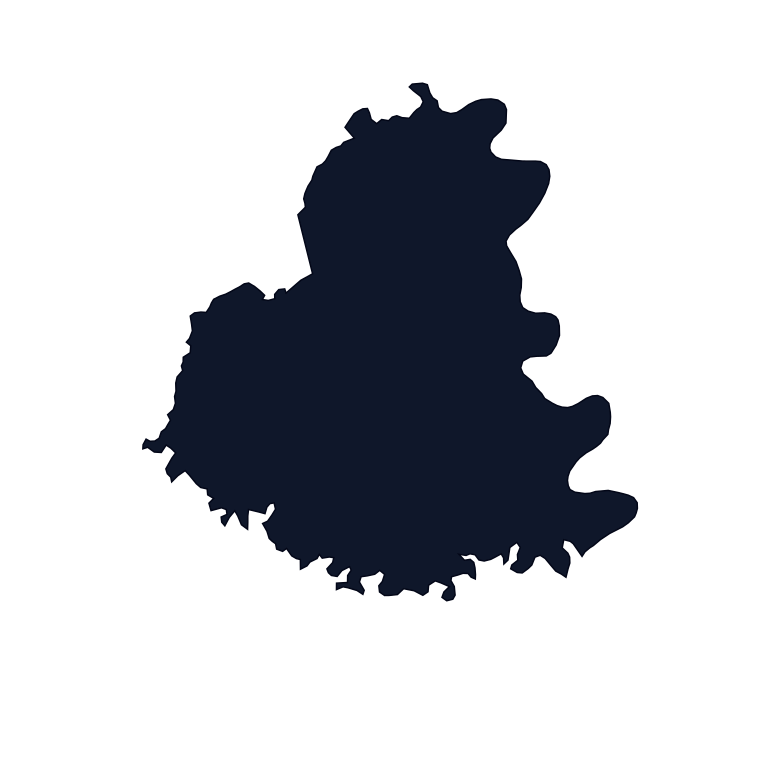 Quedas do Iguaçu, Paraná, Brazil, rotated 243°
{"feature_id": "56859067B83242561936103", "entity_name": "Quedas do Iguaçu", "entity_type": "district", "adm_level": 2, "iso_a3": "BRA", "parent_name": "Brazil", "parent_adm1": "Paraná", "projection": "mercator", "projection_center": [-52.976, -25.446], "detail": "fine", "context": "isolated", "style": "filled", "palette": "ink", "viewbox_px": 768, "rotation_deg": 243, "n_neighbors": 0, "source": "geoboundaries", "source_scale": "gbopen_adm2", "svg_char_len": 4611}
<svg xmlns="http://www.w3.org/2000/svg" viewBox="0 0 768 768"><g transform="rotate(243 384 384)"><path d="M222.4,248.3L221.9,255.4L218.9,259.3L212.3,266.2L206.2,269.7L209.2,272.7L218.7,272.2L222.7,276.1L220.7,281.9L218.7,289.4L219.9,295.6L214.1,298.1L208.8,292.9L206.6,287.8L200.7,285.6L195.3,288.5L193.2,292.8L190.3,300.4L192.7,308.6L186.1,317.0L178.1,322.7L178.9,328.9L184.5,332.4L185.3,340.3L181.0,344.4L173.8,350.3L171.5,343.0L167.6,338.8L162.4,341.5L161.0,347.6L163.6,351.5L171.7,354.7L178.5,354.4L181.6,356.7L180.3,363.0L179.5,368.4L177.0,372.9L172.4,373.9L168.8,376.8L172.5,378.9L178.9,381.6L184.3,383.0L188.6,381.2L190.4,375.7L198.3,373.4L194.0,379.3L193.7,383.5L190.5,387.6L184.1,388.7L180.8,392.9L179.3,399.5L179.3,403.8L179.5,411.3L174.8,411.6L169.2,409.1L170.8,414.5L181.2,421.9L182.6,430.5L176.5,431.2L171.5,425.5L166.2,423.2L164.7,415.7L161.8,413.0L155.6,417.1L152.9,421.4L154.1,428.6L155.6,433.5L161.2,439.9L160.5,445.4L155.4,448.4L146.5,450.4L139.3,452.1L134.2,455.7L129.2,458.4L135.8,464.1L140.1,468.3L145.5,470.8L149.8,471.0L157.1,468.4L163.7,473.5L159.3,478.5L155.8,480.1L140.5,482.2L143.2,486.8L144.6,492.9L145.0,497.2L147.1,506.2L148.4,517.2L148.4,531.8L149.4,538.6L151.9,546.9L154.6,550.1L158.1,553.3L163.3,555.7L169.4,554.8L174.0,551.2L177.4,547.5L180.7,543.7L187.4,535.4L192.1,523.8L193.1,518.0L195.2,513.2L201.0,504.9L205.5,501.8L209.8,502.0L214.8,503.7L218.3,506.1L222.2,510.1L227.4,519.8L229.3,524.7L230.9,532.9L231.3,540.5L231.9,545.0L233.0,550.0L235.0,553.8L237.5,560.6L241.4,563.3L246.1,567.5L251.8,570.9L255.9,572.7L264.7,575.5L272.6,572.9L276.7,569.1L278.8,564.2L279.4,557.8L278.4,548.1L278.5,541.7L279.6,537.0L282.5,532.2L286.2,528.4L290.7,525.1L298.1,520.6L303.9,520.1L312.0,517.6L319.3,517.2L329.6,512.6L336.3,513.1L341.4,518.0L341.8,526.5L339.4,532.7L335.3,541.4L335.7,546.9L340.6,555.1L347.6,562.4L356.1,566.5L362.0,568.1L366.0,567.5L370.5,564.5L374.4,559.5L378.2,551.2L383.5,545.5L389.1,542.3L395.5,542.7L401.5,545.3L407.7,550.1L415.2,554.2L424.0,556.0L433.2,557.2L444.3,556.4L451.5,556.0L455.9,557.6L459.8,563.4L462.1,571.6L463.3,578.4L465.4,586.9L469.7,595.3L474.7,604.7L480.9,613.8L487.9,621.7L493.8,626.0L500.0,628.3L505.8,628.1L511.2,624.4L513.7,620.3L517.8,612.3L519.7,608.7L526.0,598.6L530.9,590.6L535.7,586.5L542.1,584.6L546.1,585.2L549.9,587.6L553.7,592.8L557.0,603.8L561.1,611.1L572.9,617.7L578.6,618.2L585.3,614.4L589.4,608.8L593.2,599.9L594.3,594.0L594.5,586.4L593.2,578.0L592.8,572.0L594.7,566.1L600.7,559.6L605.6,558.0L612.2,559.9L617.0,557.3L622.6,557.0L631.0,558.5L634.5,554.9L638.4,545.3L637.2,541.4L632.0,543.3L623.4,547.3L617.7,547.1L614.1,542.3L613.6,537.9L612.3,533.8L609.3,527.2L613.1,521.0L617.2,517.2L618.1,512.5L616.5,507.7L620.7,502.0L619.3,495.7L625.6,492.7L632.3,494.1L637.0,494.3L638.8,490.0L638.8,484.7L638.4,480.1L633.3,470.9L630.4,465.8L616.5,469.2L617.6,457.8L615.7,453.6L616.5,448.8L616.2,443.2L612.0,437.4L609.4,433.3L607.9,428.9L607.9,422.9L601.5,415.0L598.4,412.3L594.9,406.3L592.3,403.1L589.6,400.0L585.4,396.5L580.9,395.6L577.2,394.2L573.9,384.1L514.6,370.4L514.2,357.0L509.5,338.0L513.8,338.7L515.9,333.1L513.5,327.3L509.6,325.4L511.0,318.8L514.5,314.0L517.2,317.9L523.0,315.9L529.5,313.0L535.4,309.3L536.7,304.9L536.1,299.0L536.1,294.6L535.9,289.4L535.9,283.7L536.8,277.5L536.8,270.7L534.5,267.0L531.8,263.9L528.5,258.1L531.2,253.5L533.4,247.4L532.5,242.2L524.6,239.7L518.3,237.4L512.9,231.4L511.0,226.9L505.8,229.2L499.8,225.5L499.0,217.3L494.7,215.0L492.1,211.7L487.3,210.7L484.2,202.9L479.4,198.9L472.0,195.4L467.9,191.7L461.5,189.4L456.8,184.6L454.9,177.3L448.7,177.3L445.6,172.4L443.4,169.1L442.5,163.9L437.8,159.1L437.2,153.9L439.2,149.5L442.9,147.0L439.3,141.8L435.7,139.7L434.9,144.7L427.7,148.4L424.1,154.5L428.5,162.2L423.5,165.0L417.2,167.1L414.3,161.4L407.4,151.1L402.5,150.2L397.8,151.7L393.2,150.4L395.9,158.7L397.1,167.5L391.1,169.2L380.4,171.5L375.0,173.7L370.8,178.8L365.3,176.6L359.4,180.3L357.3,173.9L349.7,172.4L347.5,183.0L343.7,186.5L339.1,184.9L339.4,178.5L334.5,176.7L329.9,177.8L335.4,185.6L338.8,193.5L332.9,193.8L323.3,193.1L316.5,196.5L322.7,199.9L328.2,202.7L333.7,206.3L326.6,214.6L322.5,219.1L327.4,223.7L329.2,228.0L328.0,232.1L321.7,230.5L318.1,224.6L314.6,218.0L314.8,212.5L305.9,212.9L298.5,211.6L294.6,213.0L290.9,214.9L285.6,213.4L280.9,217.7L281.7,222.5L272.7,223.8L268.2,226.7L265.6,229.8L256.9,225.5L256.9,232.8L259.0,237.2L258.9,245.1L261.6,249.0L256.9,249.9L254.7,256.7L252.1,260.4L248.2,257.2L245.2,249.2L241.1,248.8L237.3,250.2L233.8,254.9L236.9,261.8L236.9,270.4L233.0,270.3L229.9,264.7L223.7,261.4L228.1,251.3L222.4,248.3Z" fill="#0f172a" stroke="#020617" stroke-width="1.5"/></g></svg>